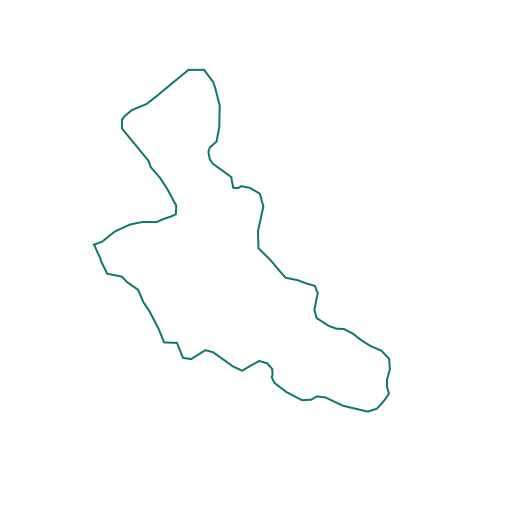 Meme, Sud-Ouest, Cameroon (Mercator projection), rotated 124°
{"feature_id": "32672807B73139620026087", "entity_name": "Meme", "entity_type": "district", "adm_level": 2, "iso_a3": "CMR", "parent_name": "Cameroon", "parent_adm1": "Sud-Ouest", "projection": "mercator", "projection_center": [9.319, 4.685], "detail": "fine", "context": "isolated", "style": "outline", "palette": "teal", "viewbox_px": 512, "rotation_deg": 124, "n_neighbors": 0, "source": "geoboundaries", "source_scale": "gbopen_adm2", "svg_char_len": 1489}
<svg xmlns="http://www.w3.org/2000/svg" viewBox="0 0 512 512"><g transform="rotate(124 256 256)"><path d="M379.0,283.8L372.2,272.9L381.3,259.5L377.7,252.1L362.5,245.4L359.8,237.9L360.4,213.1L358.8,203.3L349.7,199.0L341.3,194.7L338.7,186.8L340.6,179.4L345.4,175.8L347.7,175.2L350.9,169.7L351.8,155.1L349.8,137.2L344.4,130.0L338.3,127.0L334.4,119.2L331.5,100.1L322.5,76.3L314.9,70.3L304.5,68.9L295.7,68.8L291.3,74.2L285.0,78.3L274.9,81.7L266.7,88.3L264.4,99.2L266.6,110.6L266.9,122.7L266.2,132.4L267.4,142.4L271.3,148.7L273.3,156.7L273.4,162.1L273.6,170.9L268.1,177.4L258.0,181.7L252.4,183.9L247.9,190.5L250.8,199.7L251.6,203.1L252.7,207.7L257.5,219.5L255.3,227.7L254.1,232.0L251.1,242.4L248.2,258.3L234.2,268.3L210.8,277.6L202.2,287.7L202.6,293.8L203.0,299.4L206.5,307.5L209.7,308.7L212.2,312.9L207.2,318.1L204.4,320.7L204.0,331.2L203.6,343.6L201.6,348.5L196.4,353.6L192.0,355.0L183.1,352.7L169.4,358.7L164.9,361.6L151.6,370.2L139.5,383.8L135.7,388.8L130.7,403.2L139.5,416.1L161.3,422.6L180.7,428.3L191.3,431.8L202.1,439.0L204.1,440.4L213.9,443.2L218.2,443.2L225.3,438.4L237.2,398.3L241.2,393.0L244.8,379.5L250.1,366.8L256.1,355.7L258.7,350.4L266.2,345.8L271.0,348.7L277.2,353.5L283.4,357.3L291.0,368.7L294.0,371.9L300.4,378.1L308.7,383.2L315.3,387.0L330.2,391.6L337.2,396.7L338.6,394.0L341.2,390.1L344.8,384.0L346.8,381.8L353.9,369.4L348.1,355.8L349.7,348.3L350.0,334.8L357.3,323.5L361.4,313.4L363.0,310.5L370.5,296.6L379.0,283.8Z" fill="none" stroke="#0f766e" stroke-width="2"/></g></svg>